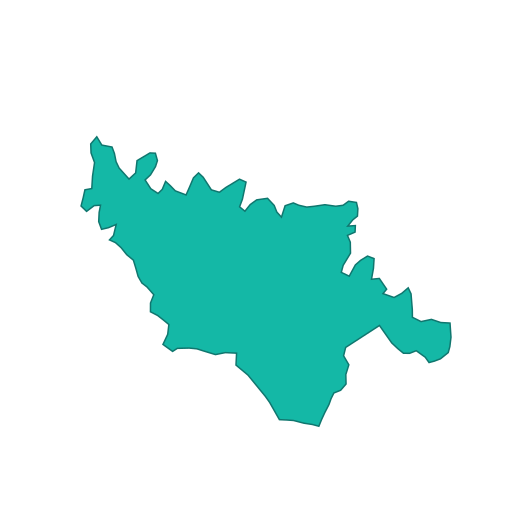 Nova América da Colina, Paraná, Brazil, rotated 327°
{"feature_id": "56859067B8703286216332", "entity_name": "Nova América da Colina", "entity_type": "district", "adm_level": 2, "iso_a3": "BRA", "parent_name": "Brazil", "parent_adm1": "Paraná", "projection": "natural_earth1", "projection_center": [-50.702, -23.335], "detail": "fine", "context": "isolated", "style": "filled", "palette": "teal", "viewbox_px": 512, "rotation_deg": 327, "n_neighbors": 0, "source": "geoboundaries", "source_scale": "gbopen_adm2", "svg_char_len": 2060}
<svg xmlns="http://www.w3.org/2000/svg" viewBox="0 0 512 512"><g transform="rotate(327 256 256)"><path d="M129.8,279.5L134.1,290.6L139.7,290.6L149.8,296.8L155.9,301.7L159.9,306.6L168.3,316.6L177.6,320.3L186.8,326.9L179.8,336.6L184.4,351.5L187.4,378.8L187.7,386.1L186.5,406.0L192.9,410.6L197.9,414.4L205.1,422.3L211.4,427.9L216.0,433.0L221.9,428.9L228.4,424.8L236.3,420.3L241.3,416.5L246.7,413.3L253.9,414.7L261.8,412.4L266.8,404.3L274.6,397.8L275.1,387.4L281.4,381.5L321.7,381.5L322.5,402.9L324.5,411.0L326.7,417.9L331.9,421.3L338.8,422.7L342.8,433.0L343.1,439.6L348.3,441.3L354.7,442.7L364.6,441.7L369.2,437.6L375.3,430.3L382.2,417.9L374.7,412.4L368.6,404.7L358.7,400.9L353.8,392.6L357.9,386.1L365.4,372.2L366.3,365.6L357.9,366.7L349.2,366.0L342.0,356.7L347.5,355.0L347.2,342.0L340.2,338.4L347.8,330.3L353.6,322.5L349.5,316.8L341.3,316.6L334.5,317.6L323.2,323.7L318.6,316.2L324.0,311.3L336.8,305.1L342.6,295.8L343.9,288.5L352.1,289.9L355.9,284.6L349.2,280.9L356.8,278.4L362.8,277.8L367.2,271.8L369.4,265.8L363.5,260.5L356.7,260.9L350.0,257.7L341.7,250.5L331.9,246.0L325.2,242.6L319.5,236.7L316.2,231.8L307.8,229.7L298.5,237.3L297.4,230.5L298.8,223.5L297.1,213.9L287.2,209.3L279.2,209.7L271.1,212.4L269.0,205.8L275.5,201.0L287.9,188.6L284.0,182.6L268.1,182.1L260.0,182.6L254.6,176.2L254.6,161.2L253.1,155.0L246.1,156.4L237.8,162.0L230.6,166.7L223.8,157.4L222.4,150.3L220.8,144.2L213.6,149.1L207.9,150.2L204.4,142.3L204.4,131.8L211.7,130.5L220.4,126.3L225.3,122.3L227.6,115.0L223.2,111.8L208.2,111.2L200.3,120.8L191.4,122.3L189.1,107.7L190.0,100.7L193.1,92.9L194.6,86.2L187.1,79.0L187.4,69.3L178.4,72.0L173.8,79.7L171.5,89.7L162.4,100.0L155.0,110.0L148.6,107.3L142.6,113.2L136.5,118.8L138.2,126.3L147.7,125.6L153.3,128.7L148.2,134.0L142.8,141.5L141.0,149.5L147.7,151.9L155.9,153.4L147.7,161.2L141.9,162.7L145.4,168.2L147.4,175.5L148.3,184.5L150.9,192.7L148.6,200.7L146.0,209.0L145.6,216.6L147.7,222.5L149.2,232.8L141.9,238.0L137.1,245.3L141.1,252.3L143.6,259.6L145.6,266.0L139.3,273.6L129.8,279.5Z" fill="#14b8a6" stroke="#0f766e" stroke-width="1.5"/></g></svg>